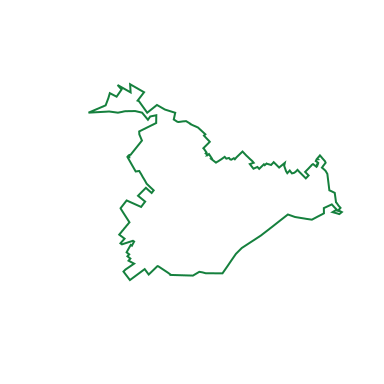 Parras, Coahuila, Mexico (Mercator projection), rotated 308°
{"feature_id": "50627088B64269988161187", "entity_name": "Parras", "entity_type": "district", "adm_level": 2, "iso_a3": "MEX", "parent_name": "Mexico", "parent_adm1": "Coahuila", "projection": "mercator", "projection_center": [-102.042, 25.588], "detail": "fine", "context": "isolated", "style": "outline", "palette": "green", "viewbox_px": 384, "rotation_deg": 308, "n_neighbors": 0, "source": "geoboundaries", "source_scale": "gbopen_adm2", "svg_char_len": 4664}
<svg xmlns="http://www.w3.org/2000/svg" viewBox="0 0 384 384"><g transform="rotate(308 192 192)"><path d="M266.3,253.3L269.4,248.5L272.1,247.2L264.9,245.6L265.5,240.8L265.8,238.0L264.0,237.9L263.4,237.8L262.0,237.7L260.3,233.4L260.1,233.3L260.1,233.2L259.7,233.1L259.4,233.2L259.5,233.1L257.9,232.8L258.1,231.6L251.6,230.7L252.0,228.1L248.2,226.1L249.6,220.4L253.0,222.6L253.4,220.9L253.5,220.2L253.7,217.3L253.7,217.2L254.1,213.4L254.1,212.8L254.4,210.9L255.0,206.9L252.3,206.5L246.7,205.7L244.2,205.6L244.4,204.2L241.7,203.1L241.2,202.1L241.6,200.2L239.4,198.5L239.8,196.1L236.0,195.0L232.0,193.6L230.9,193.1L229.9,192.8L229.9,190.9L229.9,190.2L229.9,189.9L229.9,189.7L229.9,189.1L229.9,188.8L229.9,188.7L229.9,188.4L229.9,186.7L230.6,187.1L230.7,186.9L231.0,185.9L231.2,185.4L231.2,185.2L231.3,184.9L231.5,184.5L231.9,183.3L232.1,182.6L232.3,182.1L231.3,181.8L231.4,181.4L231.0,181.4L230.3,181.5L230.2,181.4L230.3,181.4L230.9,181.4L230.8,179.0L232.1,179.0L232.5,177.7L233.2,175.4L233.3,175.3L233.5,174.0L241.5,175.0L242.5,175.1L242.7,174.2L243.3,169.9L243.8,166.7L245.7,167.0L246.5,157.0L244.5,149.1L244.8,148.9L244.2,143.7L242.5,141.9L242.2,141.5L240.1,139.5L239.8,139.2L238.8,138.2L238.3,137.1L238.0,133.6L237.9,133.0L244.1,130.0L240.3,119.9L239.0,110.8L226.9,107.9L230.9,94.3L230.5,92.9L241.1,92.8L238.8,76.9L232.7,82.3L230.5,67.5L229.4,73.4L220.7,73.9L219.3,66.4L214.5,68.3L207.1,70.6L190.8,61.6L202.7,75.2L203.6,76.2L204.4,77.1L208.9,84.8L212.0,87.5L212.5,87.9L213.4,88.6L214.6,89.7L220.8,97.4L223.8,103.8L221.8,112.8L225.8,112.6L230.5,116.6L224.3,121.3L207.2,113.1L205.0,115.0L201.7,120.9L183.5,120.7L183.0,120.2L182.7,119.9L182.3,120.0L182.1,119.8L181.7,120.0L181.7,120.4L181.4,120.8L181.0,121.1L180.6,120.1L180.7,119.5L180.2,119.5L179.9,119.5L176.4,127.9L173.5,135.0L176.1,137.5L175.4,139.2L174.8,140.9L174.2,142.3L173.5,143.9L172.8,145.8L172.0,147.9L171.1,150.0L170.6,151.2L170.0,157.3L169.7,160.8L166.4,160.8L166.6,157.2L166.6,156.9L166.9,153.1L157.7,152.0L155.8,151.8L155.6,161.0L152.9,161.0L148.9,161.1L145.1,145.7L135.2,145.7L135.1,145.8L133.4,150.5L129.6,161.4L129.4,161.4L129.2,161.3L128.9,161.3L128.7,161.3L128.3,161.3L128.2,161.3L127.8,161.3L127.7,161.3L127.3,161.3L127.2,161.3L126.8,161.3L126.6,161.3L126.3,161.3L126.1,161.3L125.8,161.2L125.6,161.2L125.4,161.2L125.1,161.2L124.9,161.2L124.6,161.2L124.4,161.2L124.2,161.2L123.9,161.2L123.7,161.2L123.4,161.2L123.2,161.2L122.9,161.2L122.7,161.2L122.4,161.1L122.2,161.1L121.8,161.1L121.7,161.1L121.3,161.1L121.2,161.1L120.8,161.1L120.7,161.1L120.3,161.1L120.1,161.1L119.8,161.1L119.6,161.1L119.3,161.1L119.1,161.1L118.9,161.0L118.6,161.0L118.4,161.0L118.2,161.0L117.9,161.0L117.7,161.0L117.4,161.0L117.2,161.0L116.9,161.0L116.7,161.0L116.4,161.0L116.2,161.0L115.8,161.0L115.7,161.0L115.3,160.9L115.2,160.9L114.8,160.9L114.6,160.9L114.3,160.9L114.1,160.9L113.8,160.9L113.6,160.9L113.7,167.6L107.5,167.2L107.5,167.3L107.6,169.0L117.2,175.5L117.3,176.9L113.7,177.5L112.7,177.7L112.6,176.3L107.9,177.0L104.2,177.6L104.2,180.9L101.6,180.7L101.6,182.5L101.6,184.4L98.8,184.3L99.9,190.5L89.9,187.3L87.1,187.0L84.4,197.3L102.1,202.2L100.3,208.7L112.3,210.4L112.7,211.2L113.6,222.7L113.7,225.9L113.4,226.1L126.7,244.2L130.0,245.5L133.6,246.9L135.1,249.7L136.4,252.8L138.3,255.3L146.7,266.1L155.8,265.6L161.7,265.2L170.3,264.7L174.4,265.2L178.5,265.7L191.4,270.1L191.6,270.2L200.5,273.2L202.2,273.6L210.7,275.8L210.9,275.8L213.1,276.4L222.9,278.8L233.3,281.4L234.4,284.6L235.7,288.5L236.4,289.8L238.8,294.2L240.3,296.9L241.2,298.6L244.0,303.5L248.0,305.3L249.6,306.0L250.1,306.2L250.6,306.5L251.1,306.7L254.6,308.3L256.4,309.1L260.5,305.8L267.5,309.4L268.3,309.8L267.9,312.1L267.9,312.3L267.8,312.5L267.4,315.5L267.2,316.9L262.7,315.2L264.9,320.6L265.0,320.9L265.0,321.0L265.3,321.7L268.4,322.4L267.9,319.8L267.5,319.6L267.0,318.5L269.3,318.7L270.9,318.8L271.1,317.8L271.4,316.0L272.5,312.5L272.5,312.4L272.5,311.9L276.0,308.3L279.2,305.0L278.4,301.2L277.9,299.2L281.6,295.5L281.8,295.3L289.6,287.5L290.9,284.2L291.1,282.1L291.2,279.4L292.3,279.4L292.9,279.3L297.3,279.3L298.1,277.9L299.0,273.2L299.1,272.9L299.6,270.3L297.7,270.3L297.7,270.2L295.2,270.1L295.2,271.0L294.7,270.5L294.4,270.1L292.6,270.5L292.7,273.5L292.0,273.9L291.8,273.4L291.6,273.4L291.4,273.6L291.0,273.7L290.8,273.7L290.7,273.6L290.4,273.6L290.1,274.0L289.9,274.6L289.4,274.6L288.5,274.6L288.5,270.2L287.1,269.7L285.8,269.7L285.2,269.6L281.9,269.3L277.5,268.8L276.8,273.7L276.1,273.6L275.9,273.6L275.4,273.6L274.8,273.5L272.8,273.3L273.7,266.2L273.9,264.4L274.4,261.5L272.4,261.3L271.3,261.1L269.8,260.6L268.2,259.3L268.9,256.4L269.0,256.2L269.1,255.8L265.5,255.5L266.3,253.3Z" fill="none" stroke="#15803d" stroke-width="2"/></g></svg>